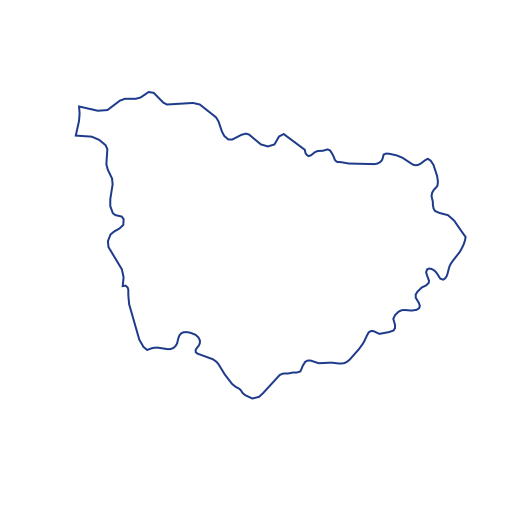 map outline of Haute-Loire (orthographic projection), rotated 11°
{"feature_id": "FRA-5299", "entity_name": "Haute-Loire", "entity_type": "Metropolitan department", "adm_level": 1, "iso_a3": "FRA", "parent_name": "France", "parent_adm1": "", "projection": "orthographic", "projection_center": [3.906, 45.086], "detail": "fine", "context": "isolated", "style": "outline", "palette": "blue", "viewbox_px": 512, "rotation_deg": 11, "n_neighbors": 0, "source": "natural_earth", "source_scale": "10m", "svg_char_len": 2837}
<svg xmlns="http://www.w3.org/2000/svg" viewBox="0 0 512 512"><g transform="rotate(11 256 256)"><path d="M56.1,172.2L56.5,157.3L55.7,150.0L53.8,143.0L73.0,143.6L82.3,141.1L92.7,129.5L97.3,126.7L108.0,124.6L112.5,122.4L119.3,115.5L124.5,115.4L135.7,123.1L139.6,124.3L164.9,117.8L171.9,118.0L190.3,127.5L193.5,131.0L198.8,140.3L201.9,144.2L206.6,146.9L210.5,146.2L218.6,139.8L222.8,137.8L226.0,138.1L239.4,145.5L246.7,146.2L252.8,143.0L255.8,134.3L259.9,131.0L283.6,142.4L285.0,145.6L286.6,147.1L288.6,147.9L290.6,146.8L294.1,142.8L296.4,141.2L301.4,140.0L306.0,137.7L308.6,138.3L311.4,141.2L313.5,144.0L315.0,146.5L316.9,147.9L318.2,148.2L320.7,147.7L329.6,147.5L354.8,143.2L357.7,142.0L360.2,139.9L361.5,137.5L361.8,134.7L361.9,132.1L364.2,130.6L367.4,130.2L375.0,130.4L381.0,131.6L392.4,136.3L395.0,136.5L397.5,135.8L399.9,134.0L403.9,129.6L406.1,127.8L409.3,129.1L412.9,132.8L418.6,143.1L420.4,148.4L420.7,152.5L419.3,155.0L417.8,157.4L416.8,160.4L416.9,163.8L419.2,168.9L420.0,172.5L421.3,175.6L423.0,177.6L427.6,178.7L436.7,179.3L443.7,183.4L453.5,193.0L458.1,197.3L458.2,200.6L457.6,205.2L456.9,207.9L455.3,213.0L449.9,223.6L448.8,226.2L448.0,228.8L447.7,231.4L447.4,236.7L447.0,239.4L446.0,241.8L444.3,243.5L441.3,243.1L439.5,241.3L437.5,239.1L435.4,237.2L433.1,235.9L430.6,235.2L428.3,235.3L426.5,236.5L426.1,239.5L427.4,242.1L430.6,247.3L430.6,249.6L428.6,252.4L424.7,255.3L421.3,260.2L420.1,263.4L420.8,266.5L424.9,271.1L426.3,273.6L426.1,276.1L423.9,278.2L419.1,279.9L412.4,280.6L409.4,281.4L406.7,283.3L403.8,287.4L403.1,290.2L402.8,291.6L403.1,292.2L403.5,292.9L405.7,297.3L406.2,300.4L405.2,302.9L401.1,305.3L392.0,308.9L386.0,307.4L383.5,307.5L381.2,309.4L380.0,313.2L378.5,319.2L377.5,322.0L374.7,328.0L367.7,339.9L365.6,342.4L363.0,344.4L358.9,345.6L350.3,346.3L338.0,349.3L329.5,348.2L326.8,348.7L324.5,350.5L322.8,355.0L322.2,358.2L321.5,360.9L318.9,362.3L317.2,362.9L314.9,363.2L309.7,365.3L307.1,365.7L304.5,366.5L301.9,368.4L288.9,389.6L287.2,391.8L286.0,393.6L279.6,396.6L272.4,394.8L270.6,394.0L268.6,392.7L266.8,390.7L265.1,389.6L260.7,388.2L256.7,386.0L247.9,378.2L239.7,369.2L237.0,367.2L233.4,365.6L217.1,363.0L215.2,361.9L214.7,359.8L215.5,357.5L216.9,355.0L217.5,352.4L217.1,349.7L215.0,346.9L211.8,344.9L206.5,343.9L202.8,343.9L199.6,344.6L197.3,346.2L196.0,348.5L195.5,351.1L195.2,357.0L194.2,359.7L192.5,362.0L189.8,363.7L187.1,364.3L177.0,364.7L173.9,365.4L171.2,366.5L167.1,369.0L162.9,366.7L157.4,360.4L140.7,327.6L138.2,319.1L137.1,313.5L136.0,311.4L133.7,310.0L130.9,311.0L130.1,302.3L126.9,294.7L109.5,275.4L107.8,269.7L109.1,262.6L112.3,258.8L116.7,255.1L119.8,250.8L119.0,245.0L116.6,242.9L110.1,242.7L107.3,241.3L103.4,234.8L102.1,227.9L101.6,213.1L99.9,207.4L94.0,199.5L91.6,194.5L89.7,179.5L87.2,175.9L79.8,171.9L71.9,170.2L56.1,172.2Z" fill="none" stroke="#1e3a8a" stroke-width="2"/></g></svg>